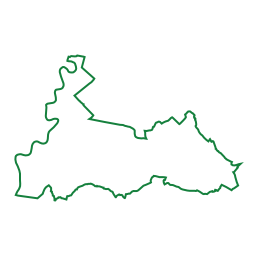 Sangeorgiu De Mures, Mures, Romania (Albers equal-area conic projection)
{"feature_id": "2599482B98895625146940", "entity_name": "Sangeorgiu De Mures", "entity_type": "district", "adm_level": 2, "iso_a3": "ROU", "parent_name": "Romania", "parent_adm1": "Mures", "projection": "albers", "projection_center": [24.638, 46.59], "detail": "fine", "context": "isolated", "style": "outline", "palette": "green", "viewbox_px": 256, "rotation_deg": 0, "n_neighbors": 0, "source": "geoboundaries", "source_scale": "gbopen_adm2", "svg_char_len": 5770}
<svg xmlns="http://www.w3.org/2000/svg" viewBox="0 0 256 256"><path d="M238.1,185.5L236.7,181.9L235.3,177.0L235.0,175.4L234.6,174.3L233.3,172.2L234.1,172.0L234.5,171.7L234.7,171.2L237.7,167.7L237.8,167.4L237.7,167.3L237.3,167.3L237.4,166.8L240.6,163.8L238.7,164.2L237.0,164.8L234.7,165.4L232.9,165.3L231.5,164.5L231.4,164.1L231.5,163.3L231.6,162.6L231.9,162.0L231.1,161.7L226.4,159.3L226.3,159.0L225.0,158.0L224.3,156.9L220.7,153.1L219.4,152.5L219.0,152.2L218.3,151.1L217.7,151.1L216.7,150.0L216.2,148.9L215.7,148.8L215.7,148.2L215.4,147.0L213.5,141.6L212.8,141.1L212.6,141.1L211.9,141.7L211.5,141.8L211.2,141.5L210.7,140.3L210.0,139.1L209.7,139.4L209.6,139.8L208.4,141.4L206.2,139.7L204.0,137.6L202.3,135.4L200.8,134.3L199.3,132.4L198.5,130.7L198.3,129.9L197.8,129.1L196.3,127.5L195.7,126.5L195.6,126.0L196.0,125.5L196.2,125.0L196.2,123.9L195.9,121.8L195.6,120.9L195.5,120.3L195.0,119.8L195.0,119.7L195.3,119.4L195.4,119.2L195.4,118.6L195.0,118.1L194.4,118.0L194.3,117.8L194.0,116.9L194.2,116.1L194.5,115.8L194.3,115.5L194.4,115.3L194.3,114.7L193.5,114.2L192.8,113.3L191.7,112.8L190.5,111.7L190.0,111.4L188.2,111.5L187.9,111.9L187.3,112.3L186.5,113.3L185.7,114.1L185.1,114.5L185.9,117.1L185.2,118.3L182.9,120.8L180.0,123.7L179.3,124.1L172.8,117.8L172.1,117.3L170.8,118.1L169.9,119.1L168.2,120.7L165.5,121.5L163.2,122.6L161.7,123.6L160.1,122.0L158.9,121.6L158.2,121.8L157.4,122.3L156.5,122.5L156.1,122.7L155.6,123.3L154.1,126.6L153.9,126.8L153.2,126.8L152.9,127.1L152.7,128.2L152.5,128.9L151.9,129.9L150.3,130.4L149.4,130.4L146.5,131.0L144.7,130.8L145.2,132.7L145.2,134.8L145.4,136.6L146.3,138.7L143.3,138.2L141.5,138.4L138.1,138.0L137.2,137.7L135.8,136.9L135.2,136.1L134.7,133.8L134.7,130.6L134.3,129.8L132.9,128.6L129.8,126.9L128.0,126.6L126.2,126.1L125.1,125.9L123.0,125.0L120.0,124.8L104.7,122.0L89.4,119.0L91.2,117.8L92.8,116.1L93.3,115.3L84.3,106.1L83.4,105.0L83.6,104.3L83.0,104.1L80.3,101.8L79.9,101.2L78.9,100.5L74.5,95.6L89.5,83.5L91.5,82.1L93.7,79.6L94.3,78.6L81.8,67.5L84.6,57.0L83.7,56.7L77.2,55.5L76.8,55.8L76.7,56.1L76.2,56.3L74.7,56.4L71.3,56.1L70.5,56.4L70.0,56.8L69.9,57.0L68.6,56.7L67.5,59.9L67.4,60.9L68.5,61.2L71.1,61.4L72.1,61.7L72.4,62.0L73.4,62.3L74.2,62.7L75.0,63.6L75.4,64.9L75.9,66.4L76.2,68.5L76.0,69.5L75.5,70.4L74.7,71.3L73.4,72.3L72.0,72.5L70.5,72.4L69.5,72.2L68.6,71.7L68.2,71.1L67.6,69.9L67.0,69.1L65.5,67.9L64.1,67.1L63.0,67.0L62.4,67.3L60.9,68.5L60.3,69.2L59.9,70.2L59.8,71.0L59.8,72.2L61.0,76.5L62.5,80.7L63.4,83.1L63.6,84.2L63.6,85.2L63.5,86.0L62.6,87.8L61.8,88.5L60.6,89.0L56.2,89.7L55.7,90.1L55.3,90.6L55.1,91.3L54.9,92.2L54.9,93.0L55.8,97.3L55.9,99.2L55.9,100.3L55.5,101.0L54.8,101.8L53.7,102.6L52.5,102.9L48.0,103.6L47.3,103.8L46.4,104.5L46.1,104.9L46.2,105.7L46.4,107.1L46.4,107.9L45.8,116.0L46.0,117.4L46.5,118.5L47.2,119.6L48.0,120.1L49.3,120.3L51.3,119.9L53.3,119.0L55.0,118.7L57.0,118.9L58.0,119.6L58.2,120.2L58.2,121.0L57.8,122.1L57.2,123.3L53.8,127.2L49.8,130.8L48.8,132.1L48.4,133.4L48.1,134.5L47.8,138.8L47.5,140.4L47.0,141.5L46.3,142.5L45.2,143.2L43.7,143.6L42.0,143.5L40.1,142.8L37.8,141.6L36.8,141.4L35.4,141.6L34.2,142.1L33.4,143.0L32.6,144.1L32.0,145.8L31.7,148.1L31.0,151.7L30.6,153.0L30.0,153.8L29.1,154.6L28.0,155.1L25.7,155.4L23.9,155.1L20.9,154.2L19.3,154.3L17.3,154.8L16.0,155.9L15.6,156.8L15.5,158.0L15.4,159.5L16.0,162.7L17.8,166.4L19.4,170.7L20.0,173.7L20.0,180.3L20.2,183.5L20.1,186.1L19.5,187.9L18.8,189.4L17.3,191.6L16.4,193.5L15.8,195.0L18.0,195.6L37.5,198.3L42.4,194.1L42.9,193.6L42.9,193.1L44.1,190.1L44.7,188.9L45.6,187.7L46.4,186.9L48.8,185.3L50.9,187.6L51.1,188.1L51.1,189.8L51.0,190.6L50.8,191.1L51.1,191.5L51.3,191.6L51.4,191.3L51.9,191.6L52.0,192.8L52.7,194.2L52.8,195.6L53.8,195.9L54.5,198.5L54.5,200.3L55.1,200.5L55.5,200.3L55.7,199.7L56.3,198.8L57.4,198.4L57.7,198.1L58.2,197.9L58.4,197.4L58.6,197.3L59.2,197.5L60.0,197.2L60.5,197.2L61.2,197.9L61.4,198.2L62.5,198.3L66.4,199.5L66.7,198.4L66.7,197.6L67.3,196.1L68.1,196.2L68.7,196.1L70.0,195.5L71.0,195.4L71.7,194.6L72.1,193.9L72.9,192.7L74.7,191.0L75.5,189.7L76.1,189.4L76.9,189.5L77.0,189.3L77.3,188.4L78.2,187.3L80.2,186.5L82.7,185.7L83.5,185.1L85.2,184.3L87.0,184.1L87.6,184.2L88.1,183.9L89.7,183.9L90.1,183.9L90.4,183.7L90.9,183.7L92.5,184.3L94.1,185.3L95.1,186.2L95.8,186.2L96.7,186.4L96.8,186.1L97.0,185.9L97.7,186.3L99.6,186.4L102.7,187.5L102.9,187.7L103.5,187.7L103.5,188.3L104.0,188.7L104.6,188.7L106.0,189.1L108.1,188.9L108.4,189.2L108.8,189.3L109.7,190.0L110.5,190.9L111.6,191.5L112.0,191.5L112.9,192.3L113.0,192.9L113.7,194.3L115.6,197.2L115.9,197.2L116.1,196.9L116.1,196.5L116.8,195.8L119.0,194.5L119.5,194.5L120.0,195.1L121.4,194.9L121.8,195.0L122.2,195.2L122.5,195.5L122.7,196.1L123.3,197.0L123.7,197.2L124.4,198.0L124.8,198.1L125.0,197.9L125.4,196.6L125.9,194.2L127.5,194.0L128.4,193.7L129.9,193.7L132.0,191.6L133.5,191.0L136.1,191.1L137.2,190.9L138.0,190.5L139.1,189.6L143.5,185.7L145.9,184.8L150.0,183.0L151.0,182.4L150.8,181.7L150.7,180.8L150.7,180.4L151.0,179.6L151.7,178.0L152.1,177.4L152.5,177.0L153.5,176.5L153.7,175.9L155.6,176.1L159.4,177.1L162.3,177.1L165.0,177.3L165.9,177.5L165.5,178.4L165.2,179.4L164.9,180.0L163.9,180.1L163.6,180.7L163.7,182.2L163.9,182.5L163.9,183.0L164.6,184.4L167.0,183.1L168.1,183.0L168.5,183.2L169.8,184.6L170.3,184.9L172.4,185.0L173.3,185.2L176.5,186.6L178.1,186.9L178.7,187.1L180.6,188.6L181.6,189.1L182.8,189.5L187.2,190.5L189.6,190.8L194.6,190.8L196.0,191.0L196.5,190.7L197.0,190.3L199.6,191.6L202.8,193.8L203.9,194.1L205.0,193.8L207.1,194.1L209.8,191.9L211.3,191.5L212.3,191.1L212.5,191.3L212.6,191.8L213.8,191.7L214.5,191.4L215.3,191.0L214.9,190.4L215.2,189.8L216.7,190.2L217.5,190.9L217.8,190.9L219.3,188.8L220.2,188.0L220.3,187.7L220.3,186.9L221.7,184.8L226.2,187.0L231.6,190.2L232.3,189.4L232.8,188.9L234.1,188.3L238.1,185.5Z" fill="none" stroke="#15803d" stroke-width="2"/></svg>